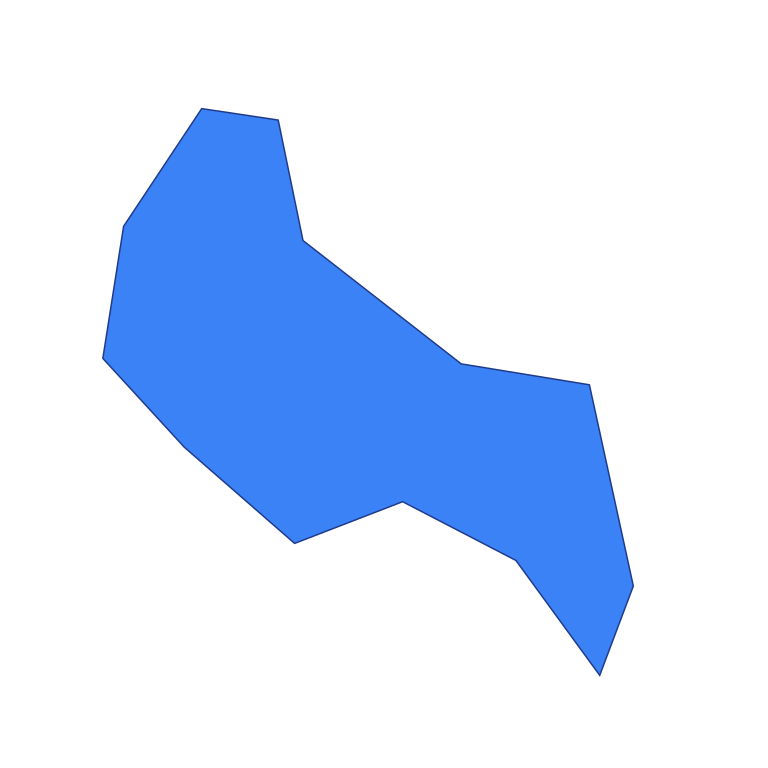 SVG path tracing the border of Eschen, rotated 14°
{"feature_id": "LIE-4902", "entity_name": "Eschen", "entity_type": "state/province", "adm_level": 1, "iso_a3": "LIE", "parent_name": "Liechtenstein", "parent_adm1": "", "projection": "robinson", "projection_center": [9.535, 47.208], "detail": "fine", "context": "isolated", "style": "filled", "palette": "blue", "viewbox_px": 768, "rotation_deg": 14, "n_neighbors": 0, "source": "natural_earth", "source_scale": "10m", "svg_char_len": 337}
<svg xmlns="http://www.w3.org/2000/svg" viewBox="0 0 768 768"><g transform="rotate(14 384 384)"><path d="M583.5,335.1L674.8,519.7L663.8,614.5L554.7,523.3L430.5,493.7L335.8,560.3L205.6,493.7L105.0,427.2L93.2,294.0L140.5,160.9L217.5,153.5L270.7,264.4L454.1,345.8L583.5,335.1Z" fill="#3b82f6" stroke="#1e3a8a" stroke-width="1.5"/></g></svg>